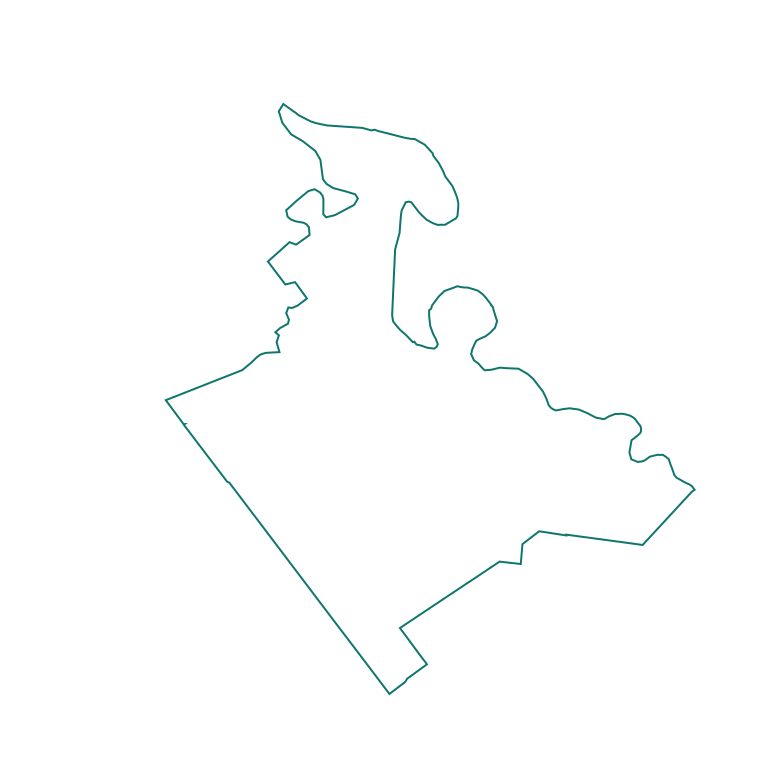 outline of Foni Kansala, West Coast, Gambia, rotated 53°
{"feature_id": "56634734B42615963496738", "entity_name": "Foni Kansala", "entity_type": "district", "adm_level": 2, "iso_a3": "GMB", "parent_name": "Gambia", "parent_adm1": "West Coast", "projection": "albers", "projection_center": [-16.082, 13.232], "detail": "fine", "context": "isolated", "style": "outline", "palette": "teal", "viewbox_px": 768, "rotation_deg": 53, "n_neighbors": 0, "source": "geoboundaries", "source_scale": "gbopen_adm2", "svg_char_len": 3068}
<svg xmlns="http://www.w3.org/2000/svg" viewBox="0 0 768 768"><g transform="rotate(53 384 384)"><path d="M265.6,568.0L295.5,568.2L296.1,567.3L296.1,568.4L323.2,568.3L361.1,568.1L367.5,568.1L369.8,566.9L438.2,566.7L545.1,566.5L564.7,566.4L582.0,566.3L634.8,566.2L634.7,546.4L633.3,542.8L633.7,518.4L620.4,518.4L588.5,518.1L591.5,465.2L593.8,426.6L595.4,398.6L610.1,383.1L595.2,369.8L595.0,348.7L614.7,329.5L614.0,329.1L668.2,274.3L655.3,202.9L655.4,199.6L653.3,199.6L650.7,199.6L647.7,200.7L644.2,202.7L634.7,206.8L633.2,206.8L631.1,206.8L626.6,205.3L619.6,203.3L615.5,201.8L611.5,202.8L608.5,203.9L605.0,208.4L602.0,215.5L602.0,221.6L601.0,224.7L599.0,228.2L593.0,231.8L586.5,229.3L577.9,220.2L577.8,212.6L577.3,208.6L576.3,207.1L574.3,205.5L571.8,204.5L568.7,204.6L565.2,204.6L562.7,204.6L560.7,205.1L557.2,206.6L553.2,209.7L551.1,211.7L548.6,215.3L547.1,217.3L545.2,223.9L544.7,228.5L543.7,230.5L542.2,231.5L538.2,235.1L530.0,239.0L529.6,239.2L521.6,243.8L515.1,250.4L511.6,256.5L508.6,262.6L506.9,263.6L506.1,264.1L503.1,265.1L499.5,265.1L493.5,263.1L485.9,261.6L475.4,261.7L469.8,261.7L462.3,263.3L452.7,267.4L445.2,276.5L440.7,281.6L437.2,289.7L433.7,295.3L431.2,295.8L425.1,296.3L424.7,296.3L419.2,297.9L412.6,296.4L409.6,292.9L407.0,288.3L405.0,284.3L405.5,280.7L407.0,274.1L407.0,268.6L405.9,261.5L401.9,255.9L392.8,252.7L387.8,250.7L384.7,251.2L386.2,250.7L376.2,250.7L371.7,251.2L366.1,252.8L363.1,254.8L357.6,258.9L354.6,262.5L352.6,264.5L350.1,266.5L349.1,270.1L346.1,279.7L347.1,287.8L350.2,298.4L352.2,301.0L352.2,303.5L356.8,307.0L365.4,312.1L373.4,314.6L379.0,315.5L384.5,317.0L386.0,319.6L386.0,322.6L381.0,327.7L375.5,331.3L372.0,334.3L368.5,334.3L368.0,335.8L358.4,336.9L353.1,338.0L350.9,338.5L344.3,339.0L339.3,339.0L333.8,336.0L283.3,294.2L272.6,280.5L264.0,273.0L259.0,268.5L256.0,265.4L251.9,257.3L253.4,254.3L255.4,252.8L258.4,252.8L268.0,252.7L272.0,252.2L278.5,251.1L285.1,248.1L289.1,245.5L291.6,242.0L293.6,239.4L295.0,226.8L294.0,224.2L288.5,219.2L284.9,216.2L279.9,213.7L273.3,211.7L266.8,210.2L261.8,210.2L255.2,210.2L249.7,208.7L240.6,207.3L231.6,207.3L229.0,206.3L217.5,207.4L206.9,212.0L204.4,215.0L200.2,218.9L199.4,219.6L177.8,236.9L175.3,238.4L173.8,241.5L166.3,247.3L143.3,273.8L138.8,277.8L135.2,280.9L130.2,284.5L118.7,290.1L115.7,291.1L114.7,291.1L112.1,292.1L100.6,295.7L99.8,295.9L102.9,303.9L114.2,308.0L128.8,307.9L141.1,302.8L142.2,302.5L156.6,298.6L166.7,299.9L183.7,309.5L189.6,309.5L196.9,306.7L207.0,298.8L215.2,292.8L220.2,293.3L223.0,300.1L219.6,321.6L216.0,329.9L211.9,330.3L200.0,321.2L196.8,319.8L192.6,319.8L186.7,322.2L184.4,328.2L185.0,342.4L186.4,357.6L192.4,360.3L196.5,359.4L201.0,356.6L206.9,351.1L210.1,349.7L213.8,349.7L220.2,353.8L219.8,370.3L213.9,374.1L216.3,403.0L245.1,402.9L249.2,393.7L269.3,394.1L269.4,405.6L268.0,411.6L265.3,414.3L268.5,419.4L275.4,421.2L278.1,424.4L276.8,433.2L277.3,439.6L281.9,438.7L286.0,444.6L295.6,448.3L287.9,459.8L286.1,464.9L286.1,469.5L286.7,474.2L287.1,477.8L287.6,488.8L283.2,504.7L281.6,510.3L265.6,568.0Z" fill="none" stroke="#0f766e" stroke-width="2"/></g></svg>